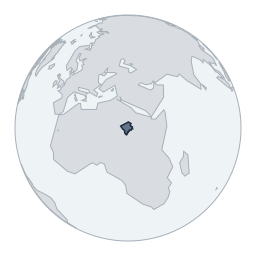 North Kordufan on an orthographic globe, rotated 330°
{"feature_id": "SDN-883", "entity_name": "North Kordufan", "entity_type": "State", "adm_level": 1, "iso_a3": "SDN", "parent_name": "Sudan", "parent_adm1": "", "projection": "orthographic", "projection_center": [29.791, 14.01], "detail": "medium", "context": "on_globe", "style": "filled", "palette": "slate", "viewbox_px": 256, "rotation_deg": 330, "n_neighbors": 0, "source": "natural_earth", "source_scale": "10m", "svg_char_len": 9280}
<svg xmlns="http://www.w3.org/2000/svg" viewBox="0 0 256 256"><g transform="rotate(330 128 128)"><circle cx="128" cy="128" r="113" fill="#eef3f6" stroke="#a8b0b8"/><path d="M95.5,20.2L95.3,20.2L92.8,21.0L94.6,20.5L97.1,19.8L98.7,19.4L98.7,19.5L95.4,20.4L94.9,20.5L94.0,20.8L92.3,21.3L93.1,21.1L89.2,22.4L93.0,21.4L89.7,22.6L87.1,23.5L87.6,23.1L84.9,23.9L95.5,20.2ZM62.6,36.3L63.0,36.0L66.6,33.5L68.4,32.6L72.6,30.1L73.9,29.5L78.2,27.3L77.4,28.1L74.2,30.2L70.6,32.1L69.2,33.2L72.4,32.0L65.6,36.6L60.8,41.7L59.1,43.0L56.0,44.0L56.4,42.1L52.3,44.8L54.7,43.7L50.3,47.7L49.5,48.7L49.6,49.1L51.2,48.0L49.6,49.6L46.7,50.9L48.0,49.4L49.0,48.9L49.1,48.2L47.1,49.7L45.0,51.9L44.6,52.3L50.2,46.6L56.2,41.2L62.6,36.3ZM17.4,106.4L17.4,106.9L17.1,108.1L16.1,118.1L17.0,124.2L17.2,129.5L16.9,132.1L17.7,133.9L17.7,135.9L22.4,142.9L26.4,149.9L27.2,156.5L25.9,162.4L29.4,177.2L28.3,179.4L31.1,185.1L33.3,188.9L28.9,181.5L25.1,173.8L21.9,165.8L19.3,157.6L17.4,149.2L16.1,140.7L15.4,132.1L15.4,123.5L16.1,115.0L17.4,106.4ZM78.4,27.1L77.5,27.5L78.4,27.1ZM80.3,26.1L79.5,26.4L80.3,26.0L80.8,25.8L80.3,26.1ZM81.1,25.9L81.9,25.3L83.3,24.6L86.3,23.5L81.1,25.9ZM97.9,19.5L95.3,20.3L97.5,19.6L97.9,19.5ZM109.5,16.9L109.4,16.9L106.7,17.4L104.3,17.9L106.0,17.6L98.9,19.2L99.5,19.0L109.5,16.9ZM99.5,19.2L100.1,18.9L103.4,18.2L102.9,18.5L102.0,18.6L99.5,19.2ZM112.6,16.4L109.8,16.8L112.6,16.4ZM101.2,18.8L102.6,18.7L101.0,19.2L99.2,19.3L101.2,18.8ZM104.5,17.9L106.0,17.6L105.0,17.8L104.5,17.9ZM96.0,21.4L96.6,20.9L98.4,20.4L96.0,21.4ZM103.2,18.6L103.7,18.4L104.5,18.2L105.0,18.3L103.2,18.6ZM110.4,16.8L110.1,16.9L112.6,16.5L113.0,16.5L109.4,17.1L111.1,16.8L108.2,17.3L110.4,16.8ZM107.9,17.8L103.5,18.9L102.0,19.7L100.4,20.1L103.1,18.7L107.9,17.8ZM108.3,17.5L107.7,17.8L106.0,18.0L105.4,18.0L108.3,17.5ZM114.5,16.4L114.8,16.2L115.6,16.1L114.5,16.4ZM107.8,18.0L108.9,17.8L107.9,18.0L107.8,18.0ZM112.8,16.8L112.8,16.7L113.7,16.6L112.8,16.8ZM111.0,17.5L109.6,17.8L109.1,17.7L111.0,17.5ZM112.1,17.1L113.3,17.0L109.8,17.5L111.9,17.1L112.1,17.1ZM113.7,16.7L114.2,16.6L113.5,16.8L113.7,16.7ZM113.5,17.8L109.2,18.4L108.2,18.2L112.5,17.5L113.5,17.8ZM180.5,28.3L181.6,28.9L190.7,34.6L189.9,33.9L190.0,33.9L198.8,40.4L207.0,47.7L213.8,55.3L216.9,58.9L219.0,61.6L220.3,63.6L217.4,59.7L216.3,58.7L214.4,56.4L215.6,58.9L213.0,55.7L215.2,59.6L217.4,61.9L217.3,60.6L220.4,65.7L223.8,69.7L227.2,75.5L231.6,87.4L231.6,92.1L232.2,94.2L230.6,92.5L230.9,97.2L235.7,107.4L236.4,110.8L235.8,118.5L235.3,116.0L231.2,111.6L232.1,119.9L235.3,125.3L236.5,132.8L234.8,131.3L233.4,124.8L231.9,123.1L231.1,115.9L227.5,106.2L225.6,109.1L224.6,105.0L219.4,97.7L216.1,101.7L211.6,114.7L213.0,125.6L210.6,131.0L202.9,116.8L199.3,106.8L196.6,108.4L188.6,100.9L175.0,102.3L173.0,99.8L170.5,101.4L164.9,99.3L161.8,95.2L158.4,95.8L166.5,106.6L170.2,106.0L173.1,101.3L174.7,105.3L180.1,108.4L174.3,119.1L154.0,129.9L152.0,121.9L136.4,100.6L136.8,98.1L136.8,97.8L136.6,97.3L135.2,101.4L132.5,97.2L140.9,112.1L142.3,118.7L153.7,130.4L152.7,131.8L156.3,134.1L168.1,130.1L168.1,132.8L162.6,145.8L146.4,163.7L148.5,174.7L147.3,184.1L137.2,190.6L138.2,197.4L132.9,200.0L132.6,203.8L128.4,207.9L121.5,211.6L109.6,211.5L108.8,208.1L102.8,201.3L94.4,184.2L97.3,176.4L96.3,170.1L87.7,155.6L89.5,147.7L87.2,144.2L82.5,144.7L79.9,140.5L77.0,140.2L59.2,141.2L53.9,135.2L47.8,118.1L51.1,112.1L51.9,104.6L74.6,82.1L79.3,84.0L97.0,82.0L99.1,83.0L96.8,88.6L109.9,96.1L114.4,91.4L126.5,95.3L134.7,95.1L138.0,84.5L124.6,84.6L122.5,79.5L133.4,75.1L145.2,75.5L144.7,73.6L137.5,69.5L140.4,66.0L135.0,67.8L137.1,69.7L133.7,71.0L131.7,69.4L132.8,68.2L129.3,67.4L124.9,74.1L126.5,76.8L117.3,78.0L119.1,82.7L116.5,84.9L112.5,77.9L113.0,75.3L105.5,68.0L104.1,70.7L111.1,77.9L108.8,77.3L107.0,81.6L106.6,77.9L99.3,69.8L91.0,71.2L80.2,81.3L75.5,81.9L71.7,79.5L76.0,68.9L86.1,68.8L87.7,65.6L86.0,60.8L89.2,61.3L89.8,59.5L93.6,59.5L99.3,55.4L103.3,55.2L105.8,50.0L108.2,49.3L106.0,52.5L106.6,54.7L116.5,54.7L118.5,53.7L119.3,50.5L121.9,51.1L121.5,48.0L127.3,46.9L119.9,45.9L120.7,42.6L124.4,40.3L123.3,39.2L117.3,43.1L116.2,44.9L117.3,46.6L112.9,52.0L109.4,52.9L109.0,46.9L104.0,47.7L105.8,43.2L120.8,34.7L127.0,33.3L136.4,37.3L134.8,39.1L130.6,38.5L134.2,41.8L134.1,40.2L136.2,40.9L137.6,38.4L139.2,38.8L137.7,35.9L139.8,36.2L140.7,38.0L144.5,35.1L148.9,35.2L149.0,34.4L147.8,33.5L154.3,34.5L154.1,33.9L151.9,33.3L150.0,31.7L149.2,29.5L151.5,30.0L152.1,30.9L156.7,33.6L158.0,36.1L158.8,36.1L158.3,34.1L152.6,30.7L151.5,29.3L154.4,30.6L153.3,30.0L153.4,29.5L155.7,29.5L152.5,28.0L151.1,22.8L155.4,22.7L158.2,24.2L159.6,22.2L164.3,23.0L162.3,22.3L161.6,21.4L160.1,21.1L159.1,20.7L156.6,19.1L157.8,19.4L157.6,19.3L165.4,21.8L173.1,24.8L180.5,28.3ZM66.6,94.0L66.0,96.2L66.6,94.0ZM157.7,81.7L164.7,81.7L161.4,75.4L163.9,75.0L161.9,73.2L161.2,75.0L156.3,70.0L159.3,68.0L158.4,65.4L156.0,65.3L151.3,69.8L158.2,76.9L156.7,79.6L157.7,81.7ZM17.4,106.9L17.1,108.5L17.2,108.0L17.4,106.9ZM50.5,47.6L50.4,48.2L49.8,48.5L50.5,47.6ZM53.9,48.1L51.3,50.8L52.7,49.0L51.3,49.8L52.5,47.2L58.3,43.6L55.4,45.6L53.9,48.1ZM55.7,43.1L54.3,44.9L55.6,43.1L55.7,43.1ZM88.9,50.7L90.1,51.8L88.5,53.8L83.5,55.0L85.8,52.1L88.9,50.7ZM92.2,53.1L93.1,47.3L96.2,46.6L94.3,47.9L96.3,48.0L93.8,50.2L95.9,55.6L94.6,57.7L86.0,58.3L89.5,56.8L88.2,55.6L92.2,53.1ZM89.9,36.8L90.3,35.1L96.6,35.6L95.4,37.2L90.4,38.3L88.7,37.1L89.9,36.8ZM86.3,24.4L86.0,24.3L86.9,23.9L87.9,23.7L86.3,24.4ZM96.2,21.2L88.3,24.7L87.6,24.7L83.8,27.2L80.5,28.2L83.1,26.5L77.7,29.3L78.7,28.2L75.3,30.2L81.4,26.3L82.1,25.6L82.5,25.9L85.5,24.9L87.0,24.3L91.8,22.2L94.8,20.7L98.2,19.8L99.9,19.5L99.7,19.8L97.5,20.2L98.8,20.2L95.5,21.1L96.2,21.2ZM117.0,21.8L114.5,21.5L116.6,23.0L113.3,23.3L113.8,23.5L111.3,24.3L109.1,25.6L107.6,25.6L107.4,26.2L105.7,26.8L104.9,27.6L102.0,28.0L100.8,29.1L100.1,28.7L98.8,30.5L98.5,29.3L96.4,30.3L97.8,30.9L84.1,32.5L78.7,34.6L74.3,37.2L74.3,35.3L78.5,31.9L84.6,28.4L89.9,26.9L88.9,26.5L91.2,25.7L91.0,26.3L92.7,24.9L94.4,24.5L99.8,22.4L101.2,21.0L103.2,20.3L103.5,20.7L105.3,19.8L107.4,20.1L108.8,19.7L112.4,19.8L112.3,20.9L113.9,20.4L116.7,20.7L117.0,21.8ZM114.4,17.8L115.0,18.8L113.6,19.5L108.0,19.2L106.4,19.5L102.8,19.6L105.0,18.6L105.8,18.6L107.2,18.5L105.9,18.8L107.9,18.4L109.1,18.5L111.0,18.2L110.7,18.6L114.4,17.8ZM101.8,81.0L103.5,81.3L106.2,81.1L105.1,84.0L101.8,81.0ZM96.6,75.5L98.2,75.2L98.0,78.8L96.2,78.7L96.6,75.5ZM99.3,72.1L98.3,74.9L97.8,73.3L99.3,72.1ZM107.5,52.1L109.2,51.8L109.3,52.5L108.3,53.7L107.5,52.1ZM122.4,27.7L121.2,27.1L121.8,26.8L121.3,25.1L123.7,24.9L124.9,25.9L122.4,27.7ZM135.6,86.3L133.2,88.4L132.0,87.4L133.1,86.9L135.6,86.3ZM118.3,86.2L122.2,87.6L117.9,87.0L118.3,86.2ZM124.9,27.2L124.4,26.5L125.9,26.9L124.9,27.2ZM125.4,24.8L127.2,25.1L123.9,24.7L125.4,24.8ZM175.0,224.0L175.3,224.8L173.7,225.1L175.0,224.0ZM166.4,181.3L158.4,197.7L153.1,198.1L152.3,193.6L155.4,183.9L161.5,180.6L164.6,176.0L166.4,181.3ZM239.2,146.0L239.1,146.6L239.3,145.3L239.3,145.2L239.2,146.0ZM239.2,145.8L237.4,148.2L236.3,147.8L236.8,145.7L238.5,144.6L239.2,145.8ZM236.7,145.7L234.8,141.9L230.0,128.8L231.8,128.3L236.3,135.3L236.1,137.0L237.3,140.3L236.7,145.7ZM240.4,132.4L240.1,137.4L239.4,138.3L238.9,138.1L238.6,132.3L238.8,129.0L239.3,128.6L239.7,116.1L240.1,118.0L240.4,123.0L240.6,126.7L240.4,132.4ZM213.5,126.5L216.0,132.4L214.5,133.9L213.5,126.5ZM238.7,108.0L239.3,113.3L238.4,106.6L238.7,108.0ZM237.5,102.0L238.1,104.2L237.5,102.3L237.5,102.0ZM233.3,97.2L232.8,98.3L232.3,96.7L232.5,94.5L233.3,97.2ZM229.8,80.6L231.8,85.1L232.4,86.7L231.3,84.2L229.8,80.6ZM144.6,26.9L142.6,29.3L142.8,31.3L145.3,32.8L140.8,31.9L140.6,28.7L144.6,26.9ZM150.1,23.1L147.8,22.1L149.4,22.2L150.1,22.4L150.1,23.1ZM148.4,22.8L144.6,22.5L143.7,21.7L146.8,22.1L148.4,22.8ZM134.7,24.2L134.0,24.9L132.8,24.5L134.7,24.2ZM231.3,173.0L231.5,172.4L231.3,173.0ZM240.4,135.0L240.5,133.8L240.6,127.7L240.4,135.0ZM238.4,105.8L238.7,107.2L238.1,104.5L238.4,105.8ZM237.6,102.0L237.3,101.4L234.8,92.9L234.7,92.3L236.7,98.7L237.4,101.0L237.6,102.0ZM158.3,20.6L157.0,20.1L157.8,20.2L158.3,20.6ZM153.8,19.0L153.8,19.3L152.9,18.8L153.8,19.0ZM154.0,20.0L153.4,19.3L155.4,20.3L154.0,20.0Z" fill="#d9dde1" stroke="#a8b0b8" stroke-width="1"/><path d="M128.0,130.6L127.4,131.4L127.2,131.4L126.8,131.3L126.4,131.0L126.2,131.1L126.0,131.3L125.9,131.4L125.8,131.6L125.8,131.8L125.8,132.0L125.7,132.0L125.4,132.1L125.2,132.1L124.9,132.0L124.7,132.0L124.5,132.3L124.3,132.6L124.2,132.8L123.9,133.1L123.5,133.2L123.3,133.2L123.2,133.1L123.1,132.6L123.0,132.3L122.9,132.0L122.9,131.9L122.7,131.7L122.7,131.1L122.8,130.9L122.8,130.5L122.9,130.2L123.2,129.7L123.4,129.5L123.4,129.2L123.6,129.0L123.7,128.8L123.6,128.7L123.6,128.0L123.3,127.2L123.1,126.5L123.0,126.4L122.9,126.3L122.6,122.8L122.6,122.7L123.7,122.7L130.4,123.0L131.0,122.9L131.4,123.0L131.9,124.1L132.2,124.5L132.6,125.2L132.7,125.3L132.8,125.6L132.1,125.9L132.1,126.0L131.9,126.2L131.7,126.7L131.5,126.8L131.4,126.8L131.3,127.1L131.3,127.3L131.3,127.6L131.3,127.8L131.4,128.0L131.7,128.2L131.8,128.5L132.0,128.8L132.3,129.0L132.3,129.4L132.3,129.5L132.1,129.6L131.8,129.8L131.6,130.0L131.6,130.8L131.3,130.6L131.2,130.6L130.9,130.7L130.7,130.7L130.5,130.8L130.4,130.8L130.3,131.0L130.2,131.2L129.9,131.3L129.7,131.4L129.3,131.0L129.2,131.0L129.1,130.9L128.6,131.0L128.5,130.9L128.4,130.9L128.4,130.7L128.2,130.5L128.0,130.6Z" fill="#64748b" stroke="#1e293b" stroke-width="1.5"/></g></svg>